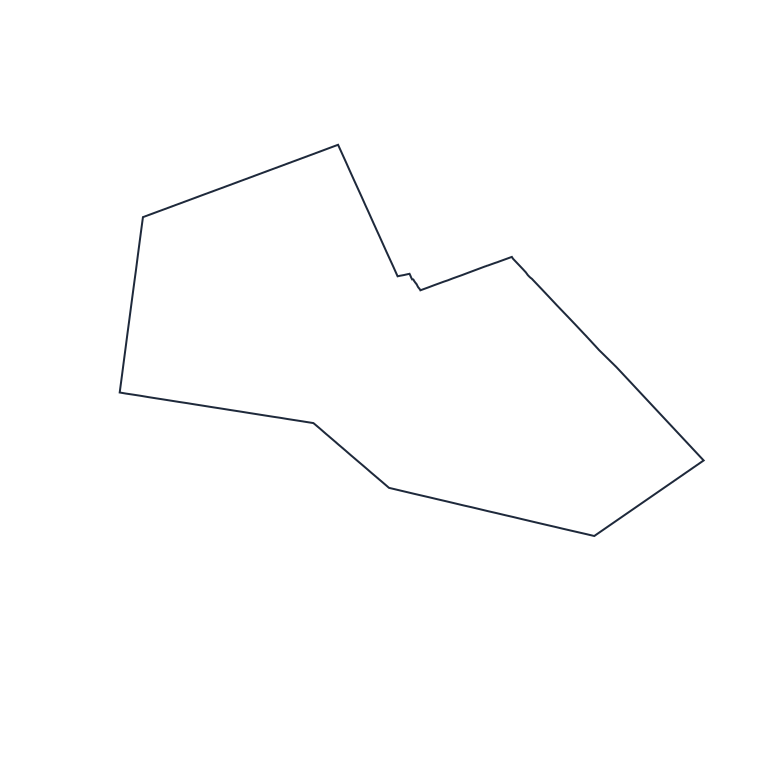 the district of Den Helder, Noord-Holland, Netherlands, rotated 221°
{"feature_id": "6326949B80665930632751", "entity_name": "Den Helder", "entity_type": "district", "adm_level": 2, "iso_a3": "NLD", "parent_name": "Netherlands", "parent_adm1": "Noord-Holland", "projection": "robinson", "projection_center": [4.789, 52.95], "detail": "fine", "context": "isolated", "style": "outline", "palette": "slate", "viewbox_px": 768, "rotation_deg": 221, "n_neighbors": 0, "source": "geoboundaries", "source_scale": "gbopen_adm2", "svg_char_len": 2937}
<svg xmlns="http://www.w3.org/2000/svg" viewBox="0 0 768 768"><g transform="rotate(221 384 384)"><path d="M370.9,563.8L371.2,563.3L371.4,562.9L376.5,553.7L378.0,551.0L378.1,550.7L378.9,549.4L379.9,547.7L380.8,546.1L381.7,544.5L382.7,542.7L383.3,541.6L384.0,540.6L384.4,539.7L385.0,538.8L385.2,538.4L393.5,523.1L396.5,517.5L399.2,512.7L401.5,508.6L403.7,504.4L403.8,504.2L406.0,500.5L408.8,495.4L410.8,491.8L413.8,486.2L417.4,479.7L418.0,478.6L418.4,478.8L418.6,478.8L419.2,479.0L419.3,479.0L419.6,479.1L419.8,479.2L420.2,479.2L420.5,479.3L420.8,479.3L421.0,479.3L421.4,479.4L421.8,479.5L422.1,479.6L422.4,479.7L422.7,479.8L422.9,479.9L423.4,480.1L423.8,480.3L424.1,480.4L424.4,480.5L424.6,480.6L424.9,480.7L425.1,480.7L425.2,480.8L425.5,480.8L425.8,480.9L426.3,481.0L426.7,481.0L427.0,481.1L427.6,481.2L428.1,481.4L428.6,481.5L428.8,481.5L429.1,481.6L429.4,481.7L429.7,481.9L430.0,482.0L430.3,482.1L430.5,482.1L430.8,482.0L430.9,481.9L431.2,481.7L431.4,481.4L432.7,481.9L434.2,482.6L435.6,483.3L437.0,483.9L437.1,483.7L438.2,482.4L438.3,482.2L438.9,481.4L439.0,481.3L440.0,479.9L440.9,478.7L441.2,478.4L441.3,478.2L442.7,476.5L444.4,474.2L454.5,478.9L468.7,485.3L485.6,493.1L490.5,495.3L493.7,496.8L496.8,498.2L509.3,504.0L515.1,506.6L524.1,510.8L539.3,517.7L546.7,521.1L550.4,522.8L557.9,526.3L575.6,534.4L580.3,525.8L581.7,523.2L638.5,419.2L644.5,408.3L669.2,363.1L675.4,351.8L668.3,341.0L662.1,331.6L654.7,320.4L647.1,309.0L645.7,306.9L640.6,299.1L632.7,287.1L625.9,276.8L617.7,264.4L610.4,253.3L602.9,242.0L595.3,230.5L587.6,218.9L577.9,204.2L572.6,207.4L566.5,211.3L560.0,215.4L553.1,219.6L547.2,223.3L541.0,227.2L533.8,231.7L533.0,232.2L526.9,236.0L520.0,240.4L512.9,244.8L506.2,249.0L502.5,251.3L498.8,253.6L490.4,258.9L483.0,263.5L473.8,269.3L466.7,273.7L460.0,277.9L453.6,281.9L446.1,286.6L440.0,290.5L433.8,294.3L426.8,298.7L420.3,302.8L420.1,302.9L412.1,307.9L411.6,308.2L405.2,308.3L395.2,308.3L386.1,308.4L378.9,308.4L370.7,308.5L365.4,308.5L361.7,308.5L352.2,308.6L343.6,308.7L335.4,308.7L325.5,308.8L315.5,308.9L312.1,308.9L308.5,310.8L301.8,314.3L295.9,317.4L289.4,320.8L283.0,324.2L275.1,328.4L268.4,331.9L260.3,336.2L251.5,340.8L244.2,344.6L237.0,348.5L229.9,352.2L221.8,356.4L214.9,360.1L206.3,364.6L199.0,368.5L191.3,372.5L183.3,376.7L175.7,380.7L168.7,384.4L161.0,388.5L154.1,392.1L147.5,395.6L140.0,399.6L132.7,403.5L125.6,407.2L92.6,536.0L219.5,549.2L244.1,550.7L245.6,550.9L252.0,551.6L262.0,552.7L262.4,552.7L262.5,552.8L265.1,553.0L273.0,553.8L284.2,554.9L305.1,556.8L328.7,559.2L329.3,559.2L329.5,559.3L330.3,559.3L330.9,559.4L332.0,559.5L340.4,560.3L340.8,560.4L341.5,560.4L342.1,560.4L342.8,560.3L343.2,560.3L343.7,560.3L343.8,560.3L344.1,560.3L345.3,560.4L345.6,560.4L347.3,560.6L348.0,560.8L348.4,560.9L348.9,561.0L349.3,561.1L349.8,561.2L350.0,561.3L351.1,561.4L354.5,561.8L369.1,563.2L369.2,563.3L369.3,563.3L369.6,563.4L370.3,563.6L370.9,563.8Z" fill="none" stroke="#1e293b" stroke-width="2"/></g></svg>